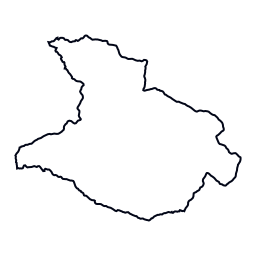 Monte Alegre de Minas, Minas Gerais, Brazil
{"feature_id": "56859067B97314515422206", "entity_name": "Monte Alegre de Minas", "entity_type": "district", "adm_level": 2, "iso_a3": "BRA", "parent_name": "Brazil", "parent_adm1": "Minas Gerais", "projection": "albers", "projection_center": [-48.909, -18.813], "detail": "fine", "context": "isolated", "style": "outline", "palette": "ink", "viewbox_px": 256, "rotation_deg": 0, "n_neighbors": 0, "source": "geoboundaries", "source_scale": "gbopen_adm2", "svg_char_len": 5712}
<svg xmlns="http://www.w3.org/2000/svg" viewBox="0 0 256 256"><path d="M49.8,45.5L52.6,46.6L53.8,46.8L54.5,47.4L56.6,48.0L55.4,50.5L55.8,51.6L56.8,51.7L58.0,53.1L58.6,54.2L59.2,54.8L60.2,55.2L61.2,56.2L61.8,57.4L60.9,58.3L61.2,59.6L62.0,60.5L62.4,61.6L63.1,62.1L64.1,62.1L64.5,62.9L64.4,63.9L64.7,65.1L65.5,66.5L64.9,67.5L64.7,68.5L65.9,68.5L66.5,69.6L67.4,70.2L68.3,72.1L68.9,73.0L69.7,73.7L70.4,74.5L72.0,76.9L71.9,78.1L72.7,78.8L73.6,78.9L74.7,79.5L75.5,80.4L76.5,81.0L77.7,81.3L80.2,81.5L81.0,81.9L82.7,83.2L83.5,84.0L83.6,85.2L82.6,86.0L81.6,87.3L81.2,89.4L80.5,90.4L80.1,91.7L81.2,93.7L82.2,94.7L82.7,95.7L82.9,96.9L82.9,98.0L82.4,99.0L80.8,101.3L80.3,102.9L79.5,104.4L77.6,107.4L77.5,108.6L79.4,110.9L79.4,112.4L79.2,113.3L78.8,115.7L79.2,116.8L80.8,119.1L80.4,119.9L77.9,120.7L75.9,123.2L74.6,123.5L73.4,122.9L71.3,121.1L69.4,120.7L68.4,121.0L67.6,121.5L67.0,122.8L66.5,123.6L65.6,124.1L64.1,126.2L63.9,127.4L64.0,128.6L63.6,129.9L62.5,130.8L61.8,131.6L59.4,133.2L58.2,133.8L56.7,133.9L54.2,133.6L50.9,134.3L49.9,133.9L47.9,134.2L43.6,136.2L40.9,138.0L38.0,138.9L37.2,139.6L35.3,140.5L34.3,141.2L31.6,143.7L29.6,143.9L27.5,144.8L25.8,144.8L24.6,145.4L24.0,146.0L23.1,146.1L22.2,146.4L21.3,146.5L20.7,147.2L19.6,147.5L19.2,149.5L18.2,151.7L16.5,153.6L15.4,155.6L15.9,156.6L15.7,157.6L15.7,158.6L16.2,160.0L16.0,162.3L16.7,163.0L16.6,164.1L16.9,165.4L17.0,167.2L17.1,168.5L18.2,168.1L19.4,168.5L20.7,168.4L21.8,168.5L22.8,168.2L23.9,165.6L25.1,165.3L26.6,166.9L27.4,167.4L28.5,167.2L31.6,167.0L34.2,166.1L36.8,167.0L38.0,166.2L39.1,166.1L40.0,166.8L43.2,171.1L44.5,171.0L44.5,169.6L45.3,168.8L46.7,169.2L47.7,169.6L49.0,169.5L50.2,170.4L51.5,171.9L52.4,173.8L53.1,174.6L54.2,175.2L55.5,175.0L56.7,175.4L58.1,176.7L59.1,177.0L60.5,176.7L61.4,177.1L62.0,178.1L62.9,178.9L65.0,179.1L66.6,179.1L67.7,179.6L70.2,180.5L71.4,180.5L72.3,180.7L73.3,181.0L73.9,181.9L75.5,186.5L76.9,188.3L78.1,188.8L78.7,189.8L79.4,190.5L80.7,190.9L81.3,192.1L82.4,192.5L83.3,193.2L84.0,195.3L84.9,195.7L86.0,195.7L86.8,196.2L90.0,199.2L91.9,200.1L94.1,200.3L94.9,200.8L94.8,201.8L95.1,202.9L96.1,203.8L97.2,204.0L100.0,204.0L101.1,204.2L103.5,205.8L104.6,206.1L106.1,206.0L107.8,207.1L110.7,207.8L112.9,209.1L115.3,210.8L116.5,211.1L117.7,210.1L119.1,210.3L120.8,211.0L121.9,211.4L122.9,212.0L124.1,212.2L125.2,212.7L126.7,212.3L128.2,212.2L130.1,213.8L131.4,214.3L132.4,214.9L135.5,216.1L136.5,216.1L138.1,217.8L139.3,218.1L140.4,218.7L142.9,218.5L144.3,219.3L146.8,220.0L148.0,220.2L148.9,220.5L150.0,219.9L150.8,219.1L151.5,218.3L152.5,218.2L154.2,216.5L157.5,214.9L158.9,214.9L160.0,214.4L161.0,214.3L162.0,214.5L163.2,213.6L164.4,213.1L165.6,213.1L168.4,212.0L170.9,212.5L171.8,211.9L172.4,212.8L173.3,212.7L173.9,211.9L175.0,211.4L176.3,211.5L177.5,211.7L178.6,211.3L179.4,211.3L179.8,210.2L180.7,210.3L181.6,210.9L182.4,211.1L183.4,210.8L184.3,211.2L185.6,208.2L187.0,206.5L187.8,205.4L188.1,204.1L188.1,202.7L188.6,201.4L189.5,200.5L190.9,199.8L192.8,198.0L193.4,196.5L193.7,193.3L194.4,192.8L196.2,192.0L197.2,191.1L198.5,190.5L199.3,189.9L200.3,187.5L201.3,187.1L202.3,186.5L203.0,185.5L203.5,184.4L203.7,183.4L203.4,182.3L202.9,181.3L202.9,180.1L203.2,179.0L204.6,177.2L205.3,176.1L206.2,173.9L206.7,173.1L207.7,173.0L208.5,173.4L209.2,173.9L211.0,175.7L212.5,176.6L213.4,177.3L214.3,178.0L216.5,180.6L218.9,181.9L219.8,183.8L222.4,184.5L223.2,185.2L224.3,185.5L225.5,185.6L226.2,185.2L226.9,184.3L228.0,183.6L228.6,182.9L230.3,181.8L231.5,181.2L232.8,180.0L233.6,178.9L235.3,177.1L235.7,176.2L236.0,173.5L237.0,170.3L237.2,168.0L237.9,165.6L238.0,164.6L238.7,163.8L239.2,162.8L239.8,162.0L240.3,160.7L240.6,158.9L240.5,157.4L239.6,156.8L238.6,156.3L238.1,155.5L236.1,153.5L235.3,153.1L233.5,153.3L231.8,153.8L230.9,153.5L230.0,152.9L229.0,152.1L228.4,150.2L227.5,149.0L226.5,148.3L225.5,146.4L224.5,145.5L221.0,144.3L219.7,144.0L218.7,142.9L216.5,137.6L216.3,136.5L216.9,135.7L218.0,135.1L219.9,133.4L221.6,131.5L222.7,131.0L223.6,130.2L223.8,129.2L223.6,128.1L223.1,126.8L222.9,124.8L222.6,123.8L222.1,122.6L220.4,120.8L218.6,119.5L218.0,118.4L217.1,117.3L214.6,115.1L213.6,115.0L212.4,114.6L210.5,113.3L208.7,111.7L207.4,111.3L205.2,111.0L203.8,111.3L201.1,110.6L199.9,110.5L198.7,110.8L196.9,111.6L195.8,111.3L194.7,110.7L191.2,107.8L188.7,106.3L187.7,106.0L186.0,104.9L185.1,104.1L182.8,103.5L181.5,102.9L180.6,102.6L178.8,101.7L176.8,101.8L175.9,101.3L172.1,98.8L171.3,98.1L170.4,97.5L167.6,96.1L165.8,94.7L164.9,94.5L164.3,93.7L163.6,92.4L162.7,91.4L161.4,90.9L160.1,90.8L159.5,90.0L158.2,89.9L157.2,89.7L156.4,88.7L155.5,88.2L154.5,88.1L153.6,88.3L151.8,89.0L150.7,89.1L149.3,89.6L146.5,90.1L145.5,90.5L144.3,90.7L143.3,90.2L143.5,88.9L144.2,87.8L144.6,86.8L145.1,83.4L145.0,82.1L145.3,81.1L145.3,79.5L144.9,78.0L144.3,76.7L144.3,75.5L144.7,74.6L145.2,72.0L145.1,70.6L145.5,69.0L145.6,67.7L145.3,66.6L146.7,64.1L147.2,61.5L146.5,60.4L145.3,60.0L144.0,59.9L142.9,60.8L141.7,61.3L139.7,60.6L137.7,60.8L135.7,60.3L133.1,59.1L132.2,58.8L128.6,59.0L127.5,58.7L126.6,58.1L125.8,57.7L124.8,57.4L122.7,57.1L121.6,56.7L120.4,55.3L119.4,53.7L118.3,49.9L117.6,48.7L117.2,47.4L116.2,45.7L115.1,45.4L112.8,44.9L109.3,44.6L108.4,44.2L107.7,43.3L107.5,41.9L107.0,41.1L106.1,40.9L105.1,40.8L102.5,41.0L101.4,40.4L97.7,39.5L95.3,39.4L92.4,39.7L91.2,38.9L90.2,38.0L89.3,37.7L88.1,36.8L87.2,35.8L86.2,35.5L85.3,35.6L84.5,36.2L83.7,37.4L82.6,38.4L81.2,38.3L78.4,40.7L77.6,40.9L76.6,40.2L75.6,40.2L75.0,41.2L72.6,41.5L71.4,42.1L70.1,42.0L68.8,41.2L67.9,40.1L66.5,39.8L65.3,39.9L64.6,39.4L64.0,38.4L62.9,37.9L60.8,37.8L59.9,38.1L58.6,39.6L57.6,39.0L57.5,37.7L56.4,38.1L55.8,39.0L55.0,39.7L54.2,40.8L53.1,41.3L51.9,41.3L51.1,41.8L50.0,42.3L48.5,42.1L49.0,43.4L49.6,44.5L49.8,45.5Z" fill="none" stroke="#020617" stroke-width="2"/></svg>